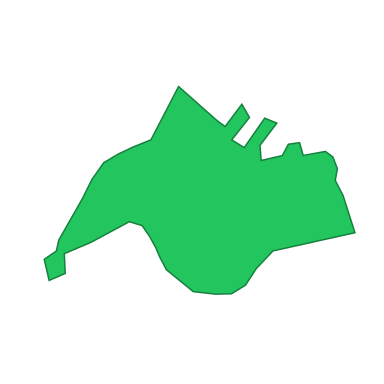 Jung-gu [Central District], Busan, South Korea (Mercator projection), rotated 262°
{"feature_id": "91817680B85909931268472", "entity_name": "Jung-gu [Central District]", "entity_type": "district", "adm_level": 2, "iso_a3": "KOR", "parent_name": "South Korea", "parent_adm1": "Busan", "projection": "mercator", "projection_center": [129.035, 35.112], "detail": "fine", "context": "isolated", "style": "filled", "palette": "green", "viewbox_px": 384, "rotation_deg": 262, "n_neighbors": 0, "source": "geoboundaries", "source_scale": "gbopen_adm2", "svg_char_len": 734}
<svg xmlns="http://www.w3.org/2000/svg" viewBox="0 0 384 384"><g transform="rotate(262 192 192)"><path d="M129.0,347.7L129.5,347.6L167.5,341.1L183.5,335.5L194.8,339.2L207.1,336.4L213.6,329.8L212.7,307.2L225.9,305.4L225.9,294.1L215.5,286.5L213.6,264.9L228.7,265.8L248.4,285.6L255.0,274.3L228.7,249.9L238.1,238.6L257.8,259.3L272.0,253.6L252.2,233.9L259.7,226.3L298.3,193.4L249.4,158.6L244.7,139.8L240.0,124.7L233.4,108.8L218.3,94.6L200.5,82.4L162.8,53.3L152.5,49.5L145.9,36.3L124.3,38.2L129.0,55.1L148.7,57.0L156.3,85.2L171.3,125.7L165.7,137.9L154.4,143.6L142.1,148.3L131.8,151.1L118.6,155.8L93.2,179.3L87.6,200.9L85.7,216.9L92.3,232.0L107.3,245.1L122.4,264.0L129.0,347.7Z" fill="#22c55e" stroke="#15803d" stroke-width="1.5"/></g></svg>